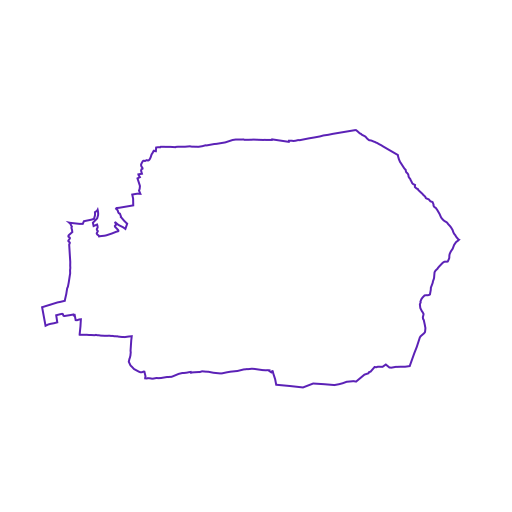 the district of Popesti, Iasi, Romania, rotated 288°
{"feature_id": "2599482B45764776322069", "entity_name": "Popesti", "entity_type": "district", "adm_level": 2, "iso_a3": "ROU", "parent_name": "Romania", "parent_adm1": "Iasi", "projection": "equal_earth", "projection_center": [27.259, 47.14], "detail": "fine", "context": "isolated", "style": "outline", "palette": "violet", "viewbox_px": 512, "rotation_deg": 288, "n_neighbors": 0, "source": "geoboundaries", "source_scale": "gbopen_adm2", "svg_char_len": 6082}
<svg xmlns="http://www.w3.org/2000/svg" viewBox="0 0 512 512"><g transform="rotate(288 256 256)"><path d="M359.7,409.0L361.8,407.3L361.9,406.7L361.9,405.0L362.2,404.5L363.2,402.9L363.3,402.3L363.4,400.2L363.6,399.6L364.7,398.6L365.8,396.3L366.0,395.8L366.5,395.2L367.2,393.6L368.9,390.0L369.8,389.1L369.7,388.1L370.7,385.8L371.6,385.5L372.7,385.3L373.0,383.1L373.5,382.1L374.9,380.8L376.0,379.6L376.9,378.9L377.8,377.5L378.6,376.6L380.1,375.9L380.9,375.2L381.6,374.2L382.0,373.1L383.3,372.1L384.1,371.8L385.1,370.0L389.5,364.6L389.9,364.0L392.2,362.0L394.4,360.5L395.9,359.7L398.5,347.5L399.6,342.5L400.0,341.1L400.4,338.5L400.9,336.4L401.0,334.7L401.2,334.0L401.2,332.6L401.4,330.6L401.4,329.6L401.1,327.9L401.2,327.4L402.1,325.2L402.8,324.2L403.4,323.0L403.6,322.1L404.0,319.4L404.3,318.6L404.6,318.1L404.7,316.8L406.1,313.7L406.6,312.2L406.3,311.3L395.9,291.3L393.5,287.1L391.5,282.9L389.5,279.9L387.0,275.3L384.2,269.9L379.6,261.7L379.5,261.0L379.1,260.0L377.9,258.1L376.9,256.0L376.7,254.4L375.8,251.7L374.7,251.9L371.9,235.3L371.3,235.3L369.5,229.7L369.1,228.2L368.7,227.3L367.9,224.6L365.9,217.5L365.2,215.8L363.8,211.8L362.9,209.0L363.0,208.2L362.1,205.7L360.5,200.7L359.1,197.9L354.5,191.6L350.4,183.7L349.6,181.7L346.2,175.4L345.7,174.3L345.7,173.8L343.9,171.1L342.1,167.6L340.1,160.9L339.9,159.2L338.1,155.0L336.9,151.3L336.4,149.9L335.8,148.0L335.0,146.1L334.6,145.8L333.4,141.1L330.4,131.6L329.7,131.2L329.6,130.4L328.9,128.6L328.3,127.5L324.7,128.4L324.4,126.9L324.6,126.4L324.1,126.1L322.1,125.8L320.4,125.3L317.3,125.3L315.7,125.1L314.9,124.9L314.2,124.6L313.7,124.2L313.4,123.7L313.4,122.5L312.6,121.6L312.0,121.0L312.0,120.1L311.9,119.7L311.7,119.4L311.0,119.0L308.5,118.5L307.3,118.5L306.4,118.9L305.7,119.4L304.9,120.6L304.0,121.1L303.1,120.3L301.9,120.3L301.5,120.4L299.0,122.1L297.3,118.9L296.9,119.1L295.1,121.2L293.2,119.3L287.0,123.8L286.3,124.1L284.8,124.4L283.8,124.6L282.1,124.5L279.4,126.8L278.6,123.9L277.7,122.1L276.2,119.3L272.6,121.4L266.2,123.6L259.6,111.0L258.5,108.5L257.7,108.3L257.3,109.2L256.7,110.3L255.0,111.5L254.3,112.3L254.2,113.5L251.8,115.4L251.3,115.4L250.9,116.2L248.8,119.6L247.5,122.2L246.9,123.5L241.4,123.4L241.9,121.9L242.3,120.5L242.8,117.0L243.1,115.4L243.9,113.3L244.5,112.0L244.3,111.8L243.0,112.9L242.5,113.1L242.0,113.1L241.0,112.5L240.3,112.8L238.2,116.7L237.6,117.3L237.3,117.4L237.0,117.3L235.8,115.5L232.8,111.9L229.5,107.4L228.6,105.9L226.8,101.9L226.1,100.7L226.8,100.1L227.4,98.4L228.0,97.7L228.3,97.5L228.6,97.5L230.6,97.9L231.1,97.6L231.6,96.7L232.3,96.3L232.8,96.3L234.0,96.6L235.4,96.1L236.8,95.1L234.3,92.3L237.2,90.6L242.7,93.3L246.0,93.2L247.5,92.8L249.0,92.2L250.5,91.4L251.0,91.1L250.4,91.0L249.4,90.5L247.9,89.3L246.1,90.0L244.8,90.3L242.2,90.4L241.5,90.4L241.1,90.2L239.8,88.4L235.9,81.6L233.0,81.3L232.0,78.2L230.1,68.9L230.0,68.0L229.4,69.4L229.2,69.6L227.8,70.9L227.2,71.6L227.0,71.8L226.1,71.7L225.2,72.1L224.1,72.9L222.0,73.9L218.1,71.6L217.6,71.4L216.9,71.4L216.4,71.7L215.9,73.2L215.4,73.5L214.6,73.4L213.1,72.9L212.4,72.8L212.1,73.0L211.3,74.7L210.9,74.9L209.1,74.8L192.9,81.2L189.3,82.3L187.5,83.0L186.4,83.3L185.2,83.5L182.1,84.6L172.8,86.1L168.7,86.6L166.9,86.4L161.2,87.3L155.6,87.8L154.3,88.0L151.9,84.1L150.6,81.7L141.2,68.4L124.6,77.4L126.7,79.6L128.0,81.6L129.6,84.6L131.5,87.5L137.9,84.3L140.0,87.6L141.1,89.5L141.1,90.1L140.9,90.4L139.8,91.2L139.6,92.1L142.4,97.6L144.0,100.5L143.2,101.0L143.8,101.8L139.3,104.3L139.6,105.6L141.1,107.6L141.7,109.0L134.8,110.8L126.9,112.5L126.6,112.6L126.6,112.8L128.7,119.1L129.2,121.3L130.1,124.3L130.7,126.7L131.0,127.4L131.5,128.1L131.6,129.5L132.1,131.3L132.3,132.9L133.5,137.3L135.0,141.6L135.1,142.6L135.7,144.4L135.9,146.0L136.8,149.2L136.8,149.9L137.5,153.3L138.4,156.4L139.9,159.4L141.3,162.6L137.3,163.4L127.0,166.0L125.8,166.6L122.6,167.3L120.2,167.5L119.1,167.4L116.1,167.7L113.2,170.4L112.8,171.1L112.3,172.2L110.8,174.9L109.8,180.3L109.7,182.0L110.0,183.0L110.4,183.7L111.4,184.9L111.5,185.6L107.4,188.1L106.1,188.2L105.4,188.4L105.8,190.1L106.2,190.5L106.6,191.7L106.9,192.8L107.2,195.0L107.5,195.9L109.3,199.2L109.6,200.8L110.7,203.6L111.0,204.1L113.5,208.9L113.7,209.8L114.5,211.6L114.9,212.8L115.7,213.9L120.0,218.9L121.9,222.0L122.4,223.5L123.7,226.3L124.7,228.0L125.6,229.8L124.9,230.3L125.7,231.6L128.2,238.0L128.2,238.3L129.7,240.4L130.5,244.0L131.2,246.5L131.8,251.6L133.2,258.0L133.8,259.8L136.3,264.1L138.1,267.5L139.6,270.9L140.4,272.7L140.9,273.9L144.4,279.5L144.9,280.8L145.6,282.2L146.0,283.6L147.5,286.9L148.1,289.3L149.5,297.4L150.3,300.5L151.1,302.6L151.4,304.0L150.8,304.0L150.7,304.3L150.1,306.4L150.8,306.5L151.0,306.6L151.4,307.3L151.6,307.3L151.6,307.5L149.8,308.6L144.7,312.3L139.8,315.0L142.8,328.3L145.5,341.3L152.4,349.8L155.0,359.9L157.5,370.5L159.8,374.7L161.8,377.8L164.4,381.1L167.1,387.4L167.5,390.0L176.7,395.8L179.2,399.2L180.5,399.4L181.4,400.7L187.1,403.1L187.3,404.6L188.4,406.2L189.7,410.6L192.9,413.0L191.2,417.3L191.6,419.2L193.7,423.1L194.5,425.4L195.4,427.8L196.7,431.9L198.8,436.2L212.7,436.6L219.2,437.0L229.2,437.0L230.6,437.4L234.4,439.7L235.7,440.2L236.7,440.1L239.4,439.5L240.4,439.1L241.2,438.6L242.2,438.1L246.7,435.5L247.4,434.9L247.8,434.3L248.7,433.9L249.3,433.6L252.1,433.4L252.7,433.2L254.1,431.8L254.6,431.0L257.1,428.5L258.2,427.9L260.7,426.8L262.9,426.9L263.4,426.5L265.9,426.6L267.9,427.2L270.6,428.5L271.3,430.0L271.8,431.6L272.6,432.8L273.2,433.3L277.7,432.7L280.0,432.1L284.1,432.3L285.5,432.3L286.5,432.1L289.1,432.2L290.3,432.1L295.4,430.9L296.2,430.9L297.7,431.3L300.1,432.6L300.8,432.7L302.5,433.4L306.7,435.4L307.7,436.0L308.5,436.7L308.9,437.2L309.7,439.6L310.1,440.1L312.9,440.4L314.0,440.4L316.0,439.8L317.2,439.6L318.3,439.6L320.6,439.9L323.7,440.8L327.8,441.0L330.5,441.8L331.3,442.1L332.9,443.3L334.2,444.0L334.3,443.3L335.2,442.0L335.6,441.2L336.7,439.8L337.3,439.2L338.4,437.5L339.5,436.4L341.5,434.9L343.5,432.6L344.5,431.1L345.7,428.9L346.4,428.0L347.0,426.9L347.4,424.9L347.9,423.3L349.2,421.0L350.2,419.8L352.7,417.6L355.9,414.0L357.3,412.1L357.6,410.8L357.9,410.2L358.4,409.6L358.9,409.2L359.7,409.0Z" fill="none" stroke="#5b21b6" stroke-width="2"/></g></svg>